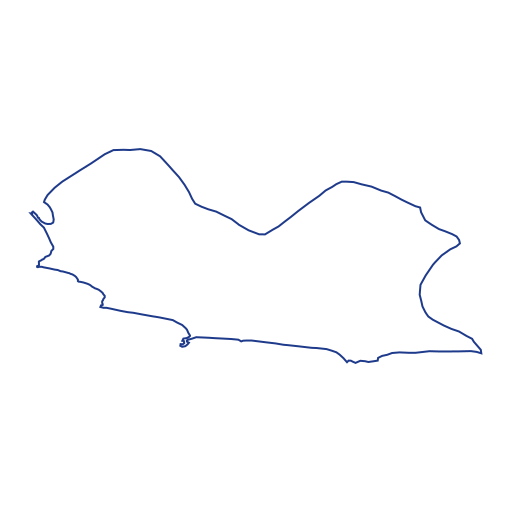 outline of Harper, Maryland, Liberia
{"feature_id": "62588387B65193305891299", "entity_name": "Harper", "entity_type": "district", "adm_level": 2, "iso_a3": "LBR", "parent_name": "Liberia", "parent_adm1": "Maryland", "projection": "orthographic", "projection_center": [-7.714, 4.427], "detail": "fine", "context": "isolated", "style": "outline", "palette": "blue", "viewbox_px": 512, "rotation_deg": 0, "n_neighbors": 0, "source": "geoboundaries", "source_scale": "gbopen_adm2", "svg_char_len": 3487}
<svg xmlns="http://www.w3.org/2000/svg" viewBox="0 0 512 512"><path d="M32.0,212.4L32.1,213.5L30.7,213.4L32.1,215.0L34.9,218.0L37.3,220.7L40.4,224.3L43.9,227.6L47.0,233.8L49.1,238.3L50.8,242.3L53.3,246.7L53.3,249.0L51.4,250.9L50.6,253.8L49.1,255.5L45.4,256.9L44.6,257.9L44.2,258.5L43.4,259.2L42.4,259.4L41.5,260.2L41.0,260.4L40.4,260.7L39.8,261.0L38.9,261.5L38.9,263.0L39.0,264.1L39.0,265.0L38.5,265.5L38.0,265.8L37.1,266.2L37.1,266.9L37.9,267.2L38.7,266.9L39.4,266.8L40.4,266.8L41.8,266.8L43.5,267.3L49.4,268.4L54.7,269.6L57.7,270.0L60.6,271.2L63.0,271.5L68.0,272.9L69.4,273.2L70.4,273.8L72.4,274.4L74.7,275.8L76.1,277.0L77.2,278.6L77.9,279.6L77.9,280.5L77.9,281.1L78.5,281.6L80.2,281.8L83.5,282.5L85.4,283.1L87.8,283.9L89.7,284.8L90.6,285.4L92.3,286.8L93.7,287.5L94.7,288.2L97.0,289.0L98.8,289.8L100.8,291.3L102.7,293.0L103.3,294.2L104.7,295.8L104.7,297.4L103.3,299.1L102.9,300.4L102.4,300.9L102.1,302.0L102.3,303.3L102.7,304.1L102.7,304.9L101.9,305.2L101.0,305.4L100.4,307.0L103.5,307.8L106.3,307.8L110.0,308.5L120.4,310.8L126.8,312.0L128.0,312.2L133.4,312.8L141.8,314.4L152.5,316.3L157.0,317.0L159.9,317.5L172.8,320.1L177.2,322.6L182.2,325.0L185.7,328.2L186.9,329.6L188.5,333.2L190.0,335.5L189.9,336.1L188.9,337.0L186.6,338.1L183.4,338.6L182.3,340.8L183.9,341.1L184.2,343.2L182.7,344.3L180.6,344.1L180.3,345.8L182.2,346.8L185.3,346.2L187.5,344.4L188.9,342.7L186.9,341.6L186.9,340.5L188.1,339.7L191.9,338.7L194.8,337.7L196.3,337.2L198.3,337.3L203.1,337.5L209.5,337.8L213.8,338.1L231.0,339.0L234.3,339.3L238.4,339.7L240.6,341.0L241.2,341.4L243.1,340.7L247.0,340.5L251.4,340.5L257.9,341.3L265.9,342.3L275.4,343.4L283.7,344.8L286.3,345.0L288.4,345.2L298.5,346.3L311.4,347.8L313.3,347.9L316.4,348.0L326.6,349.1L331.8,350.7L336.4,352.3L339.6,354.6L343.4,358.1L347.0,362.2L348.6,360.6L350.9,360.7L353.0,361.8L354.9,362.6L355.5,362.9L360.3,360.8L365.0,361.2L368.4,362.0L373.9,361.2L377.7,360.6L378.1,357.9L379.5,357.2L382.1,355.9L387.2,354.8L392.1,353.0L399.5,352.4L409.1,352.8L412.8,352.8L415.5,352.8L429.4,351.2L440.3,351.5L458.2,351.4L470.9,351.1L476.6,351.9L481.3,353.3L480.8,349.8L473.8,341.7L472.1,338.8L466.6,336.0L459.0,331.5L451.4,328.9L443.8,325.5L432.8,319.7L428.3,316.5L426.8,314.4L425.3,312.1L422.5,306.5L421.2,300.7L419.7,294.8L419.9,291.8L420.5,284.8L425.7,275.4L433.0,264.7L435.1,262.3L441.7,255.4L450.3,249.3L456.4,246.4L459.9,243.4L459.1,240.0L456.6,236.5L452.1,234.1L444.9,231.2L439.0,229.1L431.8,224.8L427.9,222.2L425.2,220.3L421.1,212.3L420.1,207.5L415.4,206.2L407.0,202.3L401.3,199.5L394.3,195.7L392.7,194.9L388.3,192.6L381.2,190.6L371.5,186.6L361.5,184.3L353.7,182.1L347.2,181.7L341.7,181.7L336.4,184.1L332.2,186.9L327.4,189.5L325.6,190.5L319.3,195.8L314.4,199.2L309.3,202.7L298.5,210.8L290.8,217.0L285.0,221.4L278.5,226.5L272.9,229.6L267.8,232.7L265.0,234.4L260.1,234.3L259.1,234.3L248.6,230.3L238.8,224.7L237.9,223.9L231.6,219.1L224.5,215.7L216.2,211.6L208.3,209.3L204.1,207.7L201.7,206.8L195.2,203.7L192.1,198.8L189.0,192.1L184.5,184.7L179.0,177.1L173.0,170.5L168.3,165.2L160.1,156.3L151.2,151.0L140.3,149.1L130.2,150.0L129.6,150.0L123.5,149.8L116.9,150.0L113.4,150.1L104.8,154.2L90.8,163.6L80.0,170.3L62.3,181.6L54.7,187.7L47.6,195.0L45.6,198.3L44.8,199.7L44.0,202.1L47.5,204.5L49.7,207.1L50.9,209.2L52.5,212.5L52.9,215.4L53.1,216.3L53.7,219.5L53.3,222.1L53.0,222.7L50.8,223.9L47.6,224.0L45.2,223.5L41.7,221.6L40.7,220.6L39.4,219.2L39.0,218.0L38.0,217.7L36.9,215.3L36.4,214.8L35.3,213.7L33.0,211.6L32.0,212.4Z" fill="none" stroke="#1e3a8a" stroke-width="2"/></svg>